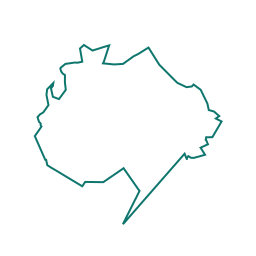 outline of Tepache, Sonora, Mexico, rotated 165°
{"feature_id": "50627088B68424224949778", "entity_name": "Tepache", "entity_type": "district", "adm_level": 2, "iso_a3": "MEX", "parent_name": "Mexico", "parent_adm1": "Sonora", "projection": "robinson", "projection_center": [-109.507, 29.486], "detail": "fine", "context": "isolated", "style": "outline", "palette": "teal", "viewbox_px": 256, "rotation_deg": 165, "n_neighbors": 0, "source": "geoboundaries", "source_scale": "gbopen_adm2", "svg_char_len": 1278}
<svg xmlns="http://www.w3.org/2000/svg" viewBox="0 0 256 256"><g transform="rotate(165 128 128)"><path d="M55.0,91.6L55.6,96.0L56.0,96.4L54.9,98.8L48.9,97.3L35.9,110.1L40.7,114.4L36.8,115.9L40.7,121.7L45.3,124.4L45.0,131.2L47.9,146.1L53.4,153.0L55.6,151.6L60.9,152.3L68.6,158.8L70.7,162.3L70.8,162.5L81.4,181.0L87.4,200.4L99.2,196.8L104.1,195.8L116.2,191.2L125.0,193.0L135.4,196.9L134.1,198.4L124.8,212.7L131.0,212.5L142.2,212.0L149.1,219.6L153.8,217.2L155.0,203.9L159.8,204.1L162.4,205.0L171.9,206.1L177.5,203.6L178.0,202.9L177.9,199.9L177.1,197.7L175.2,195.4L177.1,188.6L177.5,185.8L178.2,181.0L187.2,173.8L192.5,177.6L192.1,186.3L189.7,188.0L188.5,190.8L196.1,186.3L198.2,181.0L198.9,170.7L205.8,165.0L209.6,163.9L212.6,161.8L212.5,161.5L212.5,161.4L212.5,159.3L212.4,158.7L212.4,157.1L211.2,155.0L211.7,153.0L211.2,151.8L220.1,144.3L216.4,120.2L216.1,118.6L215.3,118.4L215.6,113.0L212.5,109.6L210.0,107.1L209.5,106.6L199.5,96.2L199.0,95.7L187.3,83.6L186.9,83.9L186.7,84.0L183.3,87.0L166.7,82.3L166.0,82.1L165.3,82.3L143.5,90.0L143.2,90.1L142.7,90.3L133.2,64.2L138.9,57.7L139.0,57.7L157.3,37.0L157.7,36.4L131.8,53.8L80.0,88.5L79.2,82.2L78.7,83.9L77.0,85.2L74.9,82.9L72.0,82.1L67.9,82.1L60.5,82.2L63.0,90.2L55.0,91.6Z" fill="none" stroke="#0f766e" stroke-width="2"/></g></svg>